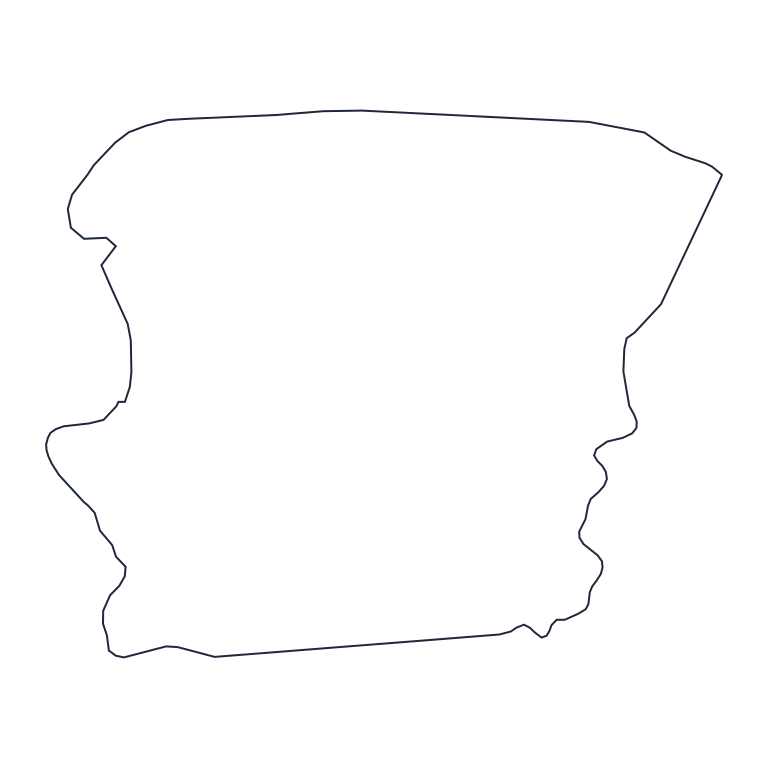 map outline of Saramacca (Mercator projection)
{"feature_id": "SUR-73", "entity_name": "Saramacca", "entity_type": "District", "adm_level": 1, "iso_a3": "SUR", "parent_name": "Suriname", "parent_adm1": "", "projection": "mercator", "projection_center": [-55.645, 5.696], "detail": "fine", "context": "isolated", "style": "outline", "palette": "slate", "viewbox_px": 768, "rotation_deg": 0, "n_neighbors": 0, "source": "natural_earth", "source_scale": "10m", "svg_char_len": 1475}
<svg xmlns="http://www.w3.org/2000/svg" viewBox="0 0 768 768"><path d="M118.4,401.9L124.9,401.9L129.8,387.0L131.4,372.3L130.8,340.4L127.7,323.9L111.5,288.4L101.4,265.2L115.8,246.2L106.4,237.8L94.9,238.3L84.0,238.8L70.9,227.8L67.8,209.0L72.0,194.8L87.3,175.0L93.7,165.3L106.0,152.3L115.2,142.6L128.9,132.2L145.8,125.8L167.9,120.0L190.7,118.7L276.0,115.0L323.3,111.2L362.0,110.6L589.1,121.9L644.4,132.5L670.7,150.7L685.5,156.9L705.4,163.3L712.0,166.6L721.9,174.8L721.3,176.5L661.0,304.2L634.6,332.6L626.7,338.2L624.3,349.1L623.4,371.5L629.2,405.7L634.4,415.3L636.7,421.6L636.4,428.0L632.1,433.4L622.9,437.8L607.1,441.6L596.3,449.2L594.1,455.4L597.4,461.0L602.4,466.0L605.9,472.1L606.9,478.9L604.1,485.8L598.6,492.0L590.7,499.0L588.0,505.8L585.5,519.1L579.2,531.6L579.5,537.8L583.6,544.2L597.6,555.3L601.9,561.2L602.6,567.3L600.8,574.0L596.5,580.7L592.1,586.6L589.8,592.3L588.4,604.1L585.7,609.2L578.7,613.5L564.7,619.8L556.7,619.8L551.5,625.1L549.6,630.6L546.6,635.7L541.6,637.6L535.1,632.7L529.8,627.7L524.0,624.7L516.5,627.6L510.8,631.5L499.4,634.5L214.6,656.9L177.7,647.1L166.1,646.4L123.9,657.4L115.8,655.7L108.9,650.6L106.9,635.4L103.0,623.7L103.2,610.8L110.1,595.2L119.3,585.9L124.8,576.3L125.6,566.8L116.0,556.7L112.2,545.1L100.0,530.7L94.7,512.9L87.7,505.2L84.1,502.3L59.2,475.2L51.9,463.9L48.6,456.9L46.6,450.5L46.1,444.5L47.9,437.8L50.4,432.9L55.9,429.1L63.7,426.3L89.3,423.4L103.5,419.9L116.4,406.2L118.4,401.9Z" fill="none" stroke="#1e293b" stroke-width="2"/></svg>